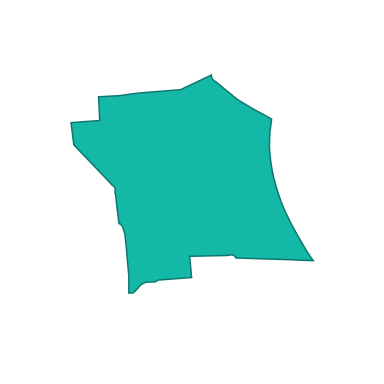 the district of Al Attarin, Al Iskandariyah, Egypt, rotated 110°
{"feature_id": "37247803B2309887607754", "entity_name": "Al Attarin", "entity_type": "district", "adm_level": 2, "iso_a3": "EGY", "parent_name": "Egypt", "parent_adm1": "Al Iskandariyah", "projection": "orthographic", "projection_center": [29.903, 31.198], "detail": "fine", "context": "isolated", "style": "filled", "palette": "teal", "viewbox_px": 384, "rotation_deg": 110, "n_neighbors": 0, "source": "geoboundaries", "source_scale": "gbopen_adm2", "svg_char_len": 5435}
<svg xmlns="http://www.w3.org/2000/svg" viewBox="0 0 384 384"><g transform="rotate(110 192 192)"><path d="M134.5,312.4L147.2,307.0L155.1,303.7L156.4,303.2L168.1,329.2L168.2,329.4L188.1,319.2L209.6,275.7L213.1,268.8L214.0,265.9L219.7,263.8L220.8,262.8L232.3,257.2L238.7,253.8L244.7,250.9L246.8,249.6L246.4,248.7L248.3,245.3L251.6,242.9L254.3,240.8L264.2,235.9L266.6,234.8L283.1,227.1L292.4,222.7L296.4,221.2L298.9,220.3L308.6,216.8L306.8,212.6L301.1,210.0L296.6,208.3L293.4,205.5L291.8,202.9L289.0,195.7L286.4,193.8L272.5,163.1L253.2,172.2L240.6,139.7L240.4,139.1L240.1,138.5L239.9,137.9L239.6,137.4L239.3,136.8L239.1,136.3L238.8,135.7L238.5,135.2L238.0,134.3L237.8,134.0L237.7,133.7L237.5,133.3L237.4,132.9L237.3,132.6L237.3,132.3L237.3,132.0L237.3,131.6L237.3,131.3L237.3,131.0L237.4,130.7L237.5,130.5L237.6,130.2L237.7,129.9L237.8,129.7L238.1,129.2L238.3,128.9L238.5,128.7L238.7,128.4L239.0,128.2L228.2,95.2L222.6,78.3L217.3,61.4L215.0,54.6L214.9,54.8L214.7,55.0L214.5,55.4L214.3,55.7L214.2,55.8L213.6,56.7L213.5,56.9L213.4,57.0L212.9,57.8L212.7,58.0L212.5,58.3L212.4,58.5L212.2,58.7L211.7,59.5L211.4,59.9L211.2,60.0L211.0,60.3L210.9,60.5L210.7,60.7L210.6,61.0L210.2,61.4L210.1,61.5L209.9,61.9L209.7,62.1L209.5,62.3L209.4,62.5L209.1,63.0L208.9,63.1L208.4,63.8L208.2,64.1L207.5,64.9L207.3,65.2L207.2,65.3L206.8,65.7L206.6,66.0L206.4,66.3L206.0,66.7L205.9,66.9L205.8,67.1L205.7,67.2L205.6,67.3L205.4,67.5L205.1,67.8L205.0,68.0L204.8,68.2L204.6,68.5L204.4,68.7L204.2,69.0L203.1,70.3L202.9,70.6L202.7,70.8L202.5,71.0L202.3,71.3L202.0,71.5L201.8,71.8L201.6,72.1L201.3,72.5L201.0,72.8L200.8,73.0L200.2,73.7L199.9,74.1L199.3,74.8L199.0,75.2L197.9,76.4L197.3,77.2L196.9,77.6L196.6,78.0L196.4,78.3L196.1,78.7L195.8,78.9L195.4,79.4L195.2,79.7L195.0,79.8L194.9,80.0L194.7,80.2L194.6,80.3L194.3,80.7L194.2,80.8L194.0,81.1L193.9,81.2L193.6,81.5L193.4,81.7L193.1,82.0L192.9,82.2L192.6,82.6L192.3,83.0L191.9,83.4L191.7,83.6L191.5,83.8L191.4,84.0L191.0,84.4L190.9,84.6L190.7,84.7L190.5,85.0L190.3,85.2L189.6,86.0L189.4,86.3L189.1,86.6L188.9,86.8L188.7,87.0L188.4,87.4L188.2,87.6L187.9,87.9L187.7,88.1L187.2,88.7L187.1,88.8L186.8,89.1L186.7,89.3L186.5,89.5L186.3,89.7L186.0,89.9L185.8,90.2L185.5,90.4L184.7,91.3L184.4,91.6L184.2,91.8L183.9,92.1L183.7,92.3L183.5,92.5L183.3,92.7L183.0,93.0L182.2,93.9L181.9,94.2L181.2,94.9L180.7,95.4L180.2,95.9L179.7,96.5L179.4,96.7L178.9,97.2L178.2,97.9L177.8,98.3L177.6,98.6L177.3,98.8L177.2,98.9L177.0,99.2L176.8,99.3L176.6,99.5L176.4,99.6L176.3,99.8L176.0,100.1L175.8,100.2L175.6,100.4L175.4,100.6L175.2,100.8L175.0,101.0L174.7,101.3L174.4,101.6L173.5,102.4L173.2,102.7L172.9,103.0L172.6,103.2L172.3,103.4L171.8,103.9L171.6,104.1L171.3,104.3L170.8,104.8L170.6,105.0L170.3,105.2L170.1,105.4L169.8,105.6L169.7,105.7L169.2,106.1L168.9,106.4L168.4,106.8L168.1,107.0L167.8,107.2L167.5,107.5L167.2,107.8L166.9,108.0L166.7,108.2L166.4,108.4L166.1,108.6L165.7,108.9L165.3,109.3L164.8,109.7L163.4,110.8L162.9,111.2L162.5,111.5L162.1,111.9L161.7,112.2L161.3,112.4L161.0,112.7L160.7,112.9L160.3,113.2L160.1,113.4L159.5,113.8L159.3,114.0L159.0,114.2L158.8,114.3L158.6,114.5L158.2,114.8L157.8,115.0L157.7,115.1L157.2,115.4L156.6,116.0L156.4,116.0L156.1,116.2L156.0,116.4L155.6,116.6L155.3,116.8L155.1,117.0L154.9,117.0L154.7,117.2L154.4,117.4L154.2,117.5L153.9,117.7L153.7,117.8L153.5,118.0L153.3,118.1L153.1,118.2L152.7,118.5L152.3,118.9L152.1,119.0L151.9,119.2L151.8,119.3L151.7,119.4L151.3,119.7L151.2,119.7L150.8,120.0L150.6,120.1L150.3,120.3L150.2,120.4L150.0,120.6L149.8,120.7L149.5,120.8L149.3,121.0L149.0,121.1L148.7,121.3L148.4,121.5L147.8,121.9L147.5,122.1L147.4,122.1L146.9,122.5L146.3,122.9L145.7,123.2L145.2,123.5L144.7,123.8L144.3,124.0L144.1,124.1L142.7,125.0L142.3,125.1L142.0,125.4L141.7,125.5L141.3,125.7L141.1,125.8L140.8,126.0L140.7,126.1L140.4,126.3L140.0,126.5L139.9,126.5L139.5,126.7L139.3,126.8L139.0,127.0L138.8,127.1L138.7,127.2L138.5,127.3L138.3,127.4L138.0,127.5L137.9,127.6L137.7,127.7L137.6,127.8L137.4,127.9L137.2,128.0L136.8,128.2L136.5,128.3L136.2,128.5L135.9,128.7L135.6,128.8L135.2,129.0L134.8,129.2L134.4,129.4L134.0,129.6L133.5,129.9L133.0,130.1L132.5,130.3L131.9,130.6L131.5,130.9L131.0,131.1L130.5,131.3L129.6,131.8L128.6,132.2L127.8,132.6L127.3,132.8L126.9,133.0L126.5,133.2L126.1,133.4L125.2,133.8L124.4,134.1L124.1,134.3L123.7,134.4L123.4,134.5L123.1,134.6L122.9,134.8L122.7,134.8L122.3,135.0L121.9,135.1L121.6,135.2L121.5,135.3L121.1,135.4L120.7,135.5L119.7,135.8L119.3,135.9L119.1,136.0L118.8,136.1L118.7,136.2L118.3,136.3L118.1,136.4L118.0,136.5L117.6,136.6L117.4,136.6L117.2,136.7L116.3,137.0L116.1,137.0L115.2,137.3L114.8,137.4L114.7,137.5L114.4,137.6L114.2,137.7L114.1,137.8L113.8,137.8L113.6,137.9L113.5,138.0L113.3,138.1L113.0,138.2L112.9,138.2L112.7,138.1L112.4,138.2L112.1,138.3L111.7,138.4L111.2,138.5L110.9,138.6L110.5,138.8L110.2,138.9L109.7,139.1L109.3,139.2L109.1,139.3L108.4,139.5L108.2,139.5L107.5,139.7L107.0,139.8L106.9,139.8L106.6,139.9L105.9,140.0L105.5,140.0L105.4,140.0L105.1,140.1L104.7,140.2L104.0,140.4L103.4,140.5L103.2,140.5L102.8,140.6L102.6,140.7L102.1,140.8L101.8,140.9L101.5,140.9L101.4,141.0L101.0,141.1L100.6,141.2L100.2,141.2L99.8,141.3L99.6,141.4L99.4,141.4L98.0,141.7L97.8,141.8L96.8,142.0L96.5,142.1L96.2,142.2L92.8,164.3L90.8,174.8L89.5,181.0L83.4,198.5L81.1,204.9L79.3,210.9L77.9,212.4L75.4,213.9L75.8,214.1L100.0,238.0L101.6,241.8L114.1,269.1L118.5,278.5L126.3,293.2L134.5,312.4Z" fill="#14b8a6" stroke="#0f766e" stroke-width="1.5"/></g></svg>